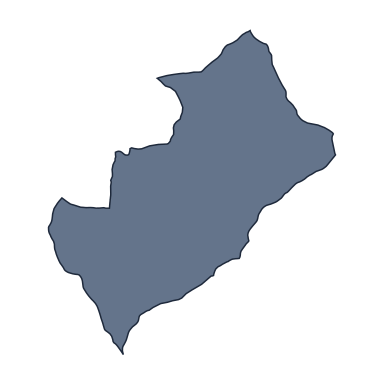 Lamgong, Paro, Bhutan (Mercator projection), rotated 174°
{"feature_id": "84629894B22495376544480", "entity_name": "Lamgong", "entity_type": "district", "adm_level": 2, "iso_a3": "BTN", "parent_name": "Bhutan", "parent_adm1": "Paro", "projection": "mercator", "projection_center": [89.36, 27.439], "detail": "fine", "context": "isolated", "style": "filled", "palette": "slate", "viewbox_px": 384, "rotation_deg": 174, "n_neighbors": 0, "source": "geoboundaries", "source_scale": "gbopen_adm2", "svg_char_len": 4777}
<svg xmlns="http://www.w3.org/2000/svg" viewBox="0 0 384 384"><g transform="rotate(174 192 192)"><path d="M277.3,37.5L277.8,41.2L277.5,43.7L277.1,45.1L276.6,46.0L275.8,47.1L275.1,48.1L273.7,50.2L272.7,52.0L271.4,55.1L270.8,56.6L269.9,58.8L268.8,60.6L267.4,62.1L265.3,64.1L262.0,66.2L261.0,66.9L259.5,68.5L258.9,69.5L258.5,70.5L257.8,73.0L257.1,74.4L255.7,75.5L252.6,76.9L250.3,78.1L248.6,78.7L246.9,78.9L245.9,79.5L242.9,81.2L234.8,84.3L227.9,84.9L222.6,85.9L216.6,86.4L213.3,87.6L208.5,91.5L202.3,94.6L192.1,99.2L181.8,106.4L180.5,106.4L179.3,106.7L178.9,108.2L178.2,109.7L177.5,111.2L176.3,113.1L173.8,115.0L171.5,115.8L169.2,117.0L167.2,117.8L164.5,118.9L163.5,119.0L162.5,119.6L160.7,120.4L158.9,121.0L155.9,121.1L153.5,121.0L152.0,121.0L151.1,122.4L150.6,124.0L150.2,126.1L149.5,127.9L147.8,130.0L145.8,132.2L143.5,134.8L141.4,136.5L140.6,137.4L140.9,139.8L141.0,142.0L141.1,143.3L140.5,145.3L139.7,146.9L138.5,148.5L136.8,150.3L135.0,152.1L132.0,154.9L131.2,155.7L130.6,156.4L130.0,157.4L129.4,158.9L128.9,160.6L128.2,162.5L127.4,163.7L126.1,165.3L125.3,166.4L124.5,167.5L122.6,169.2L121.1,170.1L119.4,170.9L116.9,171.4L115.1,171.7L112.2,172.5L109.9,173.2L108.5,173.8L105.6,175.5L103.8,176.6L102.8,177.6L100.5,180.1L99.6,180.8L98.7,181.2L97.3,181.7L96.0,182.7L92.7,185.6L91.1,186.9L88.2,189.2L86.7,190.0L85.7,190.4L83.9,190.8L82.6,191.3L81.3,191.8L78.7,193.1L77.2,194.1L76.3,194.8L74.8,195.6L73.2,196.4L71.7,196.9L70.8,197.3L69.6,197.9L68.0,198.7L66.4,199.5L64.6,199.9L62.2,200.5L60.6,200.9L58.8,201.7L57.0,202.8L55.9,203.5L54.0,205.3L52.1,207.2L45.4,213.9L45.9,215.4L46.1,217.5L46.8,224.3L47.2,228.3L47.3,229.6L47.1,231.5L46.6,233.1L45.4,235.0L45.8,235.9L46.6,236.8L47.6,237.7L49.2,239.1L53.5,242.2L55.9,243.4L59.7,245.4L66.3,247.4L69.9,248.5L71.8,249.7L74.4,251.4L75.9,252.9L77.0,254.3L77.9,255.8L78.8,257.1L79.3,258.2L79.5,259.3L79.6,261.9L80.0,262.9L81.3,265.3L82.6,267.8L83.3,268.7L84.7,270.5L86.7,272.6L87.6,274.0L88.1,275.2L88.6,277.0L88.4,278.2L88.2,279.8L88.1,281.4L88.2,282.4L88.5,283.4L90.1,286.7L91.2,289.0L94.1,296.3L98.0,308.0L98.9,310.4L98.9,312.1L98.9,315.0L98.7,317.7L98.6,319.4L98.9,320.4L99.6,321.7L100.8,323.7L100.9,325.0L101.0,326.9L101.3,328.4L101.8,329.9L102.8,331.3L105.4,332.3L109.0,334.7L112.0,337.2L113.9,339.2L115.1,341.0L116.1,343.0L117.1,345.2L117.3,346.5L119.4,345.5L121.3,345.1L123.1,344.2L125.3,343.2L127.9,341.2L129.7,339.6L131.2,338.4L133.4,337.3L135.9,336.1L138.1,335.4L140.2,334.8L141.2,334.6L142.2,334.1L143.8,332.9L146.2,330.2L147.2,328.3L148.4,326.3L150.2,324.6L152.5,322.6L155.9,320.6L158.5,319.1L162.0,316.7L165.7,314.1L168.1,312.0L169.3,311.1L170.4,310.5L172.6,310.5L177.7,311.0L183.2,310.6L185.9,310.6L188.3,311.0L191.9,311.0L198.5,310.8L204.8,310.4L212.8,309.2L214.7,308.7L211.2,305.1L209.2,302.4L207.3,300.2L202.6,298.2L197.9,293.8L195.6,288.0L194.2,284.1L192.3,277.2L193.3,272.2L195.3,268.3L196.1,265.8L200.2,263.3L202.7,260.8L203.8,257.7L203.8,254.7L204.3,251.1L206.5,248.5L207.8,246.5L208.2,245.0L208.9,244.2L210.5,242.7L211.9,242.3L220.5,242.8L229.3,242.3L237.6,240.2L241.1,240.3L245.0,241.3L247.4,242.2L249.1,241.6L249.4,239.8L250.4,236.9L251.1,235.8L252.2,235.4L254.1,235.7L255.1,236.2L257.9,239.0L259.1,239.8L260.6,240.2L262.1,240.1L264.0,239.5L264.2,237.3L264.2,234.9L265.0,233.1L265.1,232.0L265.4,230.8L266.2,229.8L267.7,227.3L269.1,222.7L269.2,218.5L269.5,215.8L271.6,212.1L271.3,210.4L271.5,209.3L271.8,208.2L272.1,207.1L272.3,206.2L273.0,198.4L273.3,196.6L273.6,195.5L273.8,194.3L274.1,193.3L274.3,192.0L274.5,191.0L274.8,189.7L275.0,188.5L275.3,187.2L275.5,186.0L275.8,184.5L279.4,184.9L281.4,185.6L286.0,185.7L289.2,186.0L291.8,186.7L294.8,187.2L298.9,187.5L301.9,188.1L303.1,188.3L304.3,188.5L307.5,189.9L310.9,191.4L313.5,192.4L314.4,192.9L317.0,195.1L318.0,196.0L322.0,199.7L325.1,196.8L327.1,194.7L328.1,193.4L329.5,191.7L330.9,189.9L331.8,187.6L332.9,184.7L333.4,182.2L333.8,180.4L334.3,178.5L335.0,176.8L335.7,175.7L337.0,173.8L337.9,172.8L338.4,171.7L338.6,169.0L338.5,167.3L338.1,165.6L337.5,164.2L336.9,162.1L336.1,160.1L334.9,157.6L334.6,156.4L334.3,154.5L334.5,151.6L334.5,150.1L334.4,149.1L333.8,146.5L333.5,144.6L332.6,141.1L332.0,139.3L331.6,137.9L330.5,135.0L329.3,133.0L327.8,130.2L327.0,128.1L326.3,127.1L325.3,126.2L324.2,125.4L323.2,124.8L321.3,124.0L319.1,123.1L317.7,122.7L315.8,122.2L314.5,122.0L312.9,121.3L311.7,119.6L310.8,117.6L310.5,116.3L310.3,114.8L310.2,110.6L310.2,109.6L310.0,108.0L309.5,106.8L307.6,102.9L306.4,100.8L305.5,99.3L303.1,95.8L301.5,93.9L299.6,91.2L298.3,88.4L297.8,86.7L297.1,83.8L296.5,81.0L296.0,78.4L295.6,75.9L294.5,71.1L294.1,68.7L293.4,64.9L292.7,63.5L290.2,61.3L288.3,59.4L287.8,58.4L287.1,57.3L286.7,55.9L286.2,53.3L286.1,51.6L285.4,50.2L283.9,48.9L282.9,47.6L282.0,46.2L278.7,40.3L277.3,37.5Z" fill="#64748b" stroke="#1e293b" stroke-width="1.5"/></g></svg>